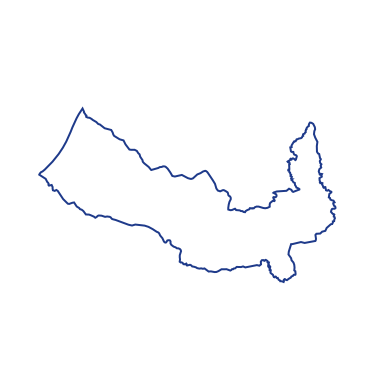 Fatuberliu, Manufahi, East Timor, rotated 160°
{"feature_id": "22284137B51170089916625", "entity_name": "Fatuberliu", "entity_type": "district", "adm_level": 2, "iso_a3": "TLS", "parent_name": "East Timor", "parent_adm1": "Manufahi", "projection": "robinson", "projection_center": [125.892, -8.981], "detail": "fine", "context": "isolated", "style": "outline", "palette": "blue", "viewbox_px": 384, "rotation_deg": 160, "n_neighbors": 0, "source": "geoboundaries", "source_scale": "gbopen_adm2", "svg_char_len": 5930}
<svg xmlns="http://www.w3.org/2000/svg" viewBox="0 0 384 384"><g transform="rotate(160 192 192)"><path d="M266.3,307.9L271.8,303.8L275.3,300.7L282.3,293.6L285.5,290.0L292.9,282.4L298.2,277.8L304.3,273.3L312.7,268.2L322.7,263.4L325.5,262.4L327.0,262.3L328.7,261.4L329.6,260.5L325.0,254.4L324.6,251.0L324.1,250.0L323.9,248.7L324.5,247.8L324.2,246.9L321.5,246.6L321.3,244.3L321.8,243.0L322.1,241.2L320.6,240.0L318.8,240.3L317.8,239.0L315.5,229.4L312.7,223.5L311.5,222.8L308.2,222.8L306.4,222.5L305.3,217.8L303.5,215.5L303.1,214.2L301.7,213.1L300.6,211.3L299.4,207.2L296.5,206.0L295.3,205.0L292.6,202.4L291.7,200.9L290.3,201.1L288.7,201.8L287.6,201.8L285.1,200.7L282.2,198.4L280.1,198.0L277.8,196.8L277.1,196.0L276.5,194.2L275.6,193.4L273.4,191.9L262.9,183.0L259.8,181.0L256.4,180.8L248.0,176.6L244.8,174.1L241.6,170.5L238.8,166.7L237.5,165.5L237.0,164.4L236.8,162.0L235.6,158.7L235.3,155.0L234.8,154.0L234.4,153.6L233.5,153.5L231.7,154.9L230.1,154.6L229.2,153.9L229.1,152.8L229.8,151.0L229.5,149.4L228.0,147.0L226.3,145.6L225.5,144.3L223.9,143.6L222.8,142.4L222.5,141.6L222.5,140.2L225.1,136.8L225.8,135.0L226.3,132.8L227.4,130.7L226.7,129.6L226.0,129.5L225.1,128.7L224.7,127.1L224.1,127.0L223.4,126.4L221.9,126.7L221.7,126.0L222.0,124.9L221.8,124.6L218.8,124.3L217.8,123.3L217.3,122.0L215.7,121.1L214.0,119.8L213.2,118.7L211.3,117.5L209.5,117.1L208.0,116.1L206.4,115.9L203.6,111.6L201.3,110.9L198.1,109.0L196.4,108.5L194.3,108.6L190.7,109.3L185.9,107.6L182.9,105.1L181.9,105.2L180.6,105.8L179.8,105.4L179.0,105.8L177.7,105.5L175.6,106.3L171.6,104.7L169.5,104.6L167.7,102.9L156.0,101.1L153.9,99.7L151.9,100.4L151.2,102.9L149.8,104.0L148.4,103.7L148.0,103.0L147.3,102.5L146.4,103.1L145.9,103.0L144.7,101.4L144.6,101.0L145.1,100.2L145.0,99.9L144.2,99.8L143.8,99.5L144.5,98.5L144.7,96.9L145.3,97.3L145.5,96.9L144.9,96.5L144.8,96.1L145.8,96.0L145.8,95.6L145.3,94.6L144.2,95.6L144.0,95.2L144.3,94.5L145.3,93.4L144.8,92.3L145.0,92.0L145.7,92.2L145.8,91.9L144.9,91.2L145.8,89.6L145.8,88.9L144.3,86.6L144.2,84.1L143.8,83.7L142.5,84.0L142.1,83.7L141.9,82.4L141.6,82.0L140.8,81.9L140.6,79.9L139.5,78.7L139.6,78.0L138.0,77.3L136.7,76.1L136.1,76.8L135.8,78.0L134.8,78.5L134.4,78.3L133.7,77.2L132.9,76.7L130.6,77.4L128.4,77.8L127.5,78.6L126.0,78.6L124.8,79.4L123.2,78.9L122.7,79.5L122.0,82.2L122.7,83.3L121.5,85.9L120.8,88.7L120.8,89.7L120.8,91.1L121.8,93.8L121.5,95.9L121.7,96.7L122.7,100.3L121.4,102.9L116.7,109.1L115.4,108.7L106.7,107.7L103.6,105.6L92.8,103.8L92.1,104.5L91.5,105.6L90.7,109.4L89.4,110.2L85.7,109.1L83.3,110.2L80.0,109.9L77.7,112.2L72.6,114.2L71.2,114.0L70.0,115.2L69.7,116.2L68.4,116.0L67.6,117.6L66.7,118.4L66.6,119.7L67.2,120.3L67.1,120.9L66.0,122.1L66.3,122.7L67.2,123.3L68.2,125.8L67.2,127.3L66.3,128.1L65.3,128.1L63.8,127.5L62.8,127.7L62.5,128.3L62.4,129.5L63.2,130.4L63.3,132.7L62.9,133.4L61.6,133.5L62.0,135.5L62.9,136.0L64.5,137.5L64.4,139.2L65.3,140.1L63.6,143.2L61.2,144.0L61.0,144.6L62.1,145.6L63.1,147.2L64.5,147.0L65.5,147.8L65.0,151.0L65.3,151.2L66.3,150.8L66.8,150.9L67.0,151.4L66.9,153.7L67.2,154.3L67.2,154.7L66.4,155.7L66.8,156.1L68.4,156.4L68.6,157.2L68.0,158.0L68.2,158.9L67.5,161.4L64.8,162.0L64.5,163.7L63.7,164.4L64.5,164.9L65.7,164.4L66.0,164.8L65.8,165.7L65.9,167.2L65.8,168.1L64.5,169.9L62.2,170.8L62.1,172.7L60.9,173.8L61.6,175.0L61.4,177.1L61.2,177.5L59.8,178.6L59.7,178.9L60.1,180.1L59.5,184.2L60.4,185.1L60.8,187.1L59.0,192.5L57.0,196.2L57.6,201.0L57.6,204.6L56.2,207.4L54.8,208.9L54.4,210.9L54.8,214.5L56.0,216.1L57.4,216.9L57.9,216.6L59.0,215.6L59.7,214.0L60.6,213.9L62.2,213.1L62.9,211.8L63.5,211.8L63.8,211.1L64.4,210.6L64.6,209.4L65.6,209.0L66.3,208.3L67.6,208.4L68.1,207.9L68.3,206.7L69.2,206.6L69.9,205.7L71.0,205.3L73.7,205.7L74.9,205.4L75.7,205.7L77.2,204.3L78.6,204.7L78.9,204.5L78.9,204.1L79.8,203.9L82.6,201.6L83.0,200.1L84.4,200.3L85.1,196.4L84.8,195.7L83.1,195.0L83.3,193.4L83.1,192.2L81.5,190.8L81.3,190.2L81.3,189.7L83.3,186.9L84.0,186.7L84.5,187.9L85.6,189.1L86.4,189.1L87.3,188.5L87.9,189.5L88.3,189.4L88.8,188.5L89.5,188.4L90.2,187.8L90.7,188.2L91.8,187.9L91.6,187.2L90.4,185.7L90.7,185.4L90.7,184.6L91.4,184.4L92.7,180.2L93.8,180.1L94.2,179.3L93.4,178.6L93.7,177.2L93.2,176.6L93.5,175.5L93.0,174.2L93.7,173.9L94.0,173.3L93.0,172.0L94.3,170.7L94.2,170.2L93.5,169.8L94.2,169.6L94.4,169.3L93.9,168.7L93.3,166.3L92.3,165.4L92.8,163.3L92.4,161.7L92.4,160.5L90.6,158.8L90.1,157.9L90.3,157.6L96.9,157.5L97.5,158.2L97.9,160.1L99.7,161.9L102.8,160.8L112.1,163.5L115.4,163.6L115.8,163.4L113.7,161.0L113.7,159.9L114.2,159.0L115.2,158.5L117.1,159.3L117.5,159.1L117.6,158.2L117.2,155.8L117.5,155.4L117.8,155.3L119.1,156.1L122.0,155.1L122.6,154.7L123.4,153.4L124.0,151.6L126.5,151.3L128.8,151.7L130.5,152.6L134.4,155.5L136.2,156.2L138.1,156.2L139.6,155.5L140.3,156.0L141.1,155.9L141.2,156.2L143.2,157.0L143.9,156.2L146.3,156.1L148.2,155.7L149.0,154.9L149.7,155.2L150.5,155.7L151.0,156.7L152.6,157.4L153.4,158.4L156.7,159.9L157.2,161.5L157.5,161.6L160.7,161.4L162.2,161.8L163.9,163.1L163.4,164.6L161.8,167.6L160.2,169.9L158.1,171.9L157.6,173.2L157.7,174.7L158.7,175.9L158.9,176.6L158.6,178.7L158.7,179.5L160.1,181.4L161.5,182.9L162.5,183.2L165.3,183.0L167.2,184.5L167.9,186.9L167.6,191.8L168.4,195.8L170.5,204.4L170.9,205.7L171.7,206.9L172.4,207.4L174.5,207.5L177.6,206.8L181.0,206.7L186.4,204.5L187.9,204.5L189.0,204.9L191.1,206.4L195.7,211.5L202.8,212.4L205.0,213.8L205.7,217.8L206.9,222.3L208.1,224.6L208.8,225.3L210.4,226.0L211.8,225.9L213.9,226.4L215.4,226.1L222.7,226.6L222.9,226.8L224.1,230.3L227.1,235.3L227.8,237.0L227.9,237.5L227.6,238.8L228.6,242.9L228.4,245.3L229.2,246.8L229.8,249.5L231.5,251.3L234.8,252.5L236.3,253.3L238.2,259.5L238.7,263.9L242.0,266.3L246.0,271.4L246.3,273.0L246.2,275.0L246.7,277.9L252.3,281.8L255.5,287.0L256.8,287.9L258.0,290.5L260.8,293.9L261.3,294.9L262.9,296.8L264.4,297.5L265.7,298.7L265.6,299.3L265.1,299.7L265.1,300.1L265.6,300.7L265.8,302.2L266.2,303.3L266.3,303.8L266.0,304.3L266.3,307.9Z" fill="none" stroke="#1e3a8a" stroke-width="2"/></g></svg>